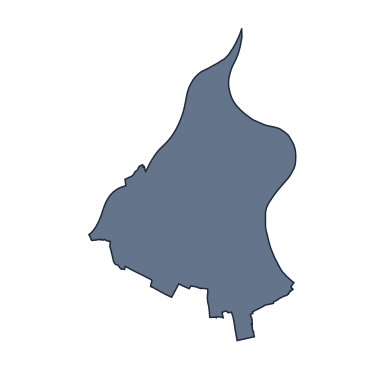 Lingewaard, Gelderland, Netherlands (Equal Earth projection), rotated 261°
{"feature_id": "6326949B2884966550009", "entity_name": "Lingewaard", "entity_type": "district", "adm_level": 2, "iso_a3": "NLD", "parent_name": "Netherlands", "parent_adm1": "Gelderland", "projection": "equal_earth", "projection_center": [5.93, 51.907], "detail": "fine", "context": "isolated", "style": "filled", "palette": "slate", "viewbox_px": 384, "rotation_deg": 261, "n_neighbors": 0, "source": "geoboundaries", "source_scale": "gbopen_adm2", "svg_char_len": 5612}
<svg xmlns="http://www.w3.org/2000/svg" viewBox="0 0 384 384"><g transform="rotate(261 192 192)"><path d="M104.8,136.8L105.0,136.9L101.6,141.3L99.8,143.7L97.9,146.1L97.0,147.3L94.7,150.3L91.2,155.4L91.5,155.6L94.6,158.0L103.3,164.6L101.3,167.4L99.2,170.5L98.5,171.7L96.9,174.0L99.4,176.3L99.1,177.0L98.9,177.5L98.5,178.6L97.9,180.7L96.4,183.4L95.3,185.6L95.3,185.8L95.2,186.2L95.3,187.1L94.5,189.9L94.4,190.3L93.9,192.3L90.5,192.0L90.3,191.9L89.0,191.5L87.6,191.1L86.5,190.9L86.0,190.8L85.0,190.6L84.1,190.5L83.1,190.5L80.5,190.3L80.0,190.4L79.0,190.5L77.4,190.5L76.4,190.7L73.6,190.5L72.1,190.4L71.1,190.5L69.0,190.2L65.6,189.9L65.4,189.9L64.6,195.9L64.7,196.1L64.4,196.2L64.6,196.2L64.6,196.5L64.3,196.5L64.5,196.7L64.8,196.7L64.6,198.0L64.5,198.6L64.4,199.1L64.3,199.8L63.8,201.2L63.3,202.4L62.9,203.1L68.3,202.9L68.2,203.2L68.6,204.0L69.0,205.5L69.0,207.2L67.1,208.8L67.0,209.0L67.1,211.2L67.1,212.2L66.0,212.3L61.5,213.1L60.7,213.0L55.9,213.2L49.5,213.1L40.0,213.3L38.1,213.3L38.4,215.2L38.3,215.4L38.5,217.9L38.7,221.0L39.3,231.0L39.6,231.0L40.9,230.8L42.2,230.7L44.9,231.0L45.3,230.4L46.0,230.2L46.7,230.2L50.4,230.5L52.0,229.8L52.1,230.1L52.4,230.1L52.1,230.9L55.6,231.2L57.0,231.3L57.0,231.2L57.5,231.3L58.2,231.2L58.4,231.2L58.6,231.1L61.8,230.4L62.8,233.3L64.1,233.0L64.5,234.0L65.8,238.1L66.3,239.8L66.8,241.2L67.6,243.7L68.2,245.0L68.2,245.4L68.3,245.5L68.5,245.5L68.8,246.4L68.9,247.0L68.9,247.7L68.9,247.9L68.9,248.3L69.2,254.0L69.3,255.0L69.8,255.2L70.7,255.4L71.5,258.0L71.8,259.2L72.1,259.6L73.0,261.4L73.3,262.1L74.2,264.8L74.7,266.4L74.9,267.5L74.9,267.8L75.0,268.9L75.1,269.3L75.3,269.8L75.5,270.2L75.7,270.5L75.7,270.4L76.8,271.5L77.9,272.8L78.0,272.8L78.6,273.2L78.8,273.4L78.5,274.0L78.8,274.4L79.4,274.9L79.7,275.1L80.5,275.4L80.5,275.5L80.5,275.8L80.4,275.9L80.3,276.0L79.8,276.3L80.1,276.6L81.0,276.0L82.0,275.2L82.7,274.8L83.9,275.9L85.0,276.9L86.7,278.5L87.8,277.2L89.4,275.9L93.6,272.5L95.8,271.0L98.4,269.3L100.1,268.3L101.6,267.6L107.1,265.7L114.0,263.4L123.0,261.2L124.1,261.0L131.7,260.0L137.9,259.6L142.4,259.1L146.6,259.2L160.5,261.4L165.0,263.2L168.8,265.8L175.8,272.2L181.8,278.6L188.9,287.1L190.2,288.7L191.5,290.0L192.8,291.3L194.2,292.5L196.3,294.1L199.3,296.4L202.3,297.9L204.3,298.6L206.1,299.1L207.2,299.3L208.6,299.6L210.7,300.0L213.0,300.3L215.8,300.5L217.8,300.5L219.9,300.3L221.5,300.1L222.5,299.9L224.6,299.3L231.5,296.7L232.0,296.5L233.4,295.7L234.5,294.8L236.7,292.8L239.9,289.5L240.7,288.5L241.2,287.7L241.4,287.3L243.1,283.8L245.9,276.3L246.5,275.2L247.4,273.5L248.1,272.3L252.5,265.5L253.7,263.7L254.1,263.2L257.1,260.1L258.7,258.6L260.3,257.0L262.6,255.0L266.1,252.3L270.2,249.5L273.9,247.6L277.2,246.4L278.5,246.0L280.5,245.6L283.4,245.1L285.8,244.9L290.5,244.7L294.4,245.2L298.2,246.1L302.3,247.7L304.3,248.6L306.3,249.6L309.5,251.4L315.4,255.6L318.1,257.3L321.2,259.2L323.3,260.2L328.5,262.5L337.0,265.5L343.1,266.3L344.6,266.5L345.9,266.8L344.7,266.2L340.5,264.0L338.4,262.7L335.7,260.9L331.0,257.6L327.1,254.5L326.0,253.3L323.5,251.1L321.6,249.2L320.9,248.3L320.4,247.7L318.5,245.0L318.3,244.7L317.7,243.2L317.2,241.7L316.7,240.7L315.0,236.8L314.6,235.6L314.3,234.9L314.0,233.7L313.2,231.7L313.0,231.1L312.0,228.5L310.1,222.4L309.1,219.6L308.3,218.1L307.0,216.0L305.3,213.7L304.9,213.1L304.3,212.5L303.4,211.5L302.8,210.8L301.7,209.9L299.6,208.2L298.2,207.1L296.0,205.6L294.2,204.6L292.9,203.9L291.6,203.3L290.7,202.9L288.3,201.9L278.8,198.5L276.8,197.7L275.0,197.0L273.0,196.1L270.2,194.7L268.1,193.6L266.0,192.4L264.1,191.2L261.3,189.5L259.3,188.1L257.5,186.8L256.4,186.0L254.5,184.4L252.8,183.0L251.1,181.4L250.3,180.7L248.8,179.1L247.0,177.1L245.4,175.2L243.8,173.1L241.1,169.2L239.8,167.4L238.1,165.2L235.9,162.8L233.4,160.4L231.4,158.6L230.0,157.3L228.3,156.0L226.7,154.7L222.2,151.5L219.6,149.4L221.5,149.1L222.7,149.0L223.0,149.0L224.3,148.9L224.0,148.5L223.9,148.1L223.9,147.7L225.2,147.9L226.0,147.8L226.3,147.7L226.5,147.6L226.6,147.4L226.3,146.1L226.1,145.6L226.1,145.1L225.9,144.8L225.7,144.2L225.4,143.9L225.2,143.6L224.6,143.0L223.4,142.4L222.3,141.4L221.9,140.9L221.7,140.5L221.6,140.2L221.4,139.8L221.2,139.4L220.9,138.9L220.7,138.7L220.4,138.4L219.2,137.7L218.7,137.4L218.3,136.9L217.8,136.0L217.3,135.3L216.7,134.3L216.7,134.1L216.4,132.5L216.2,131.9L215.0,127.8L208.6,127.7L208.4,126.4L207.8,122.8L207.6,121.9L207.3,120.6L206.8,119.4L206.1,117.5L205.6,116.6L204.8,115.3L204.3,114.2L203.7,113.4L201.7,110.9L200.1,109.3L197.9,107.3L195.7,105.6L193.7,104.3L192.2,103.4L189.3,101.8L183.6,98.9L181.5,97.7L178.1,95.6L176.2,94.3L173.7,92.4L171.9,90.9L170.2,89.3L169.6,88.7L168.8,87.8L167.6,86.2L166.9,85.1L166.0,83.5L162.4,84.7L161.5,84.8L160.7,84.9L159.9,85.4L159.9,85.9L159.8,86.0L159.8,87.1L159.7,87.3L159.7,88.3L159.6,88.9L159.5,89.4L159.9,89.9L159.6,90.2L159.5,90.6L159.6,91.2L159.8,91.9L159.8,92.1L159.6,93.1L159.4,93.2L159.3,93.4L159.4,93.8L159.4,94.0L159.0,94.4L159.0,94.5L158.9,94.6L159.0,94.8L159.3,94.8L158.6,96.1L158.4,96.7L158.4,96.9L158.4,97.1L158.5,97.3L158.6,97.5L158.9,97.8L158.3,98.9L158.1,98.9L158.0,99.0L157.5,99.8L157.2,100.1L157.0,100.7L156.8,101.4L156.2,102.2L156.2,103.3L156.0,103.6L151.8,102.5L151.2,102.4L147.7,102.8L135.7,103.7L135.3,103.8L134.9,103.9L134.5,104.1L132.8,104.9L132.7,105.0L132.4,105.3L131.6,106.7L131.6,106.9L131.4,107.2L131.2,107.5L130.9,107.7L130.3,108.0L128.1,109.1L127.7,109.3L127.8,109.3L127.6,109.4L126.7,110.4L126.9,110.6L127.0,110.7L127.1,110.9L127.0,111.2L126.8,111.6L126.0,113.2L128.9,114.4L127.5,116.4L124.0,121.0L119.6,127.2L118.1,129.4L115.8,132.4L112.1,137.6L111.2,138.6L109.6,138.1L106.6,136.8L105.2,136.3L104.8,136.8Z" fill="#64748b" stroke="#1e293b" stroke-width="1.5"/></g></svg>